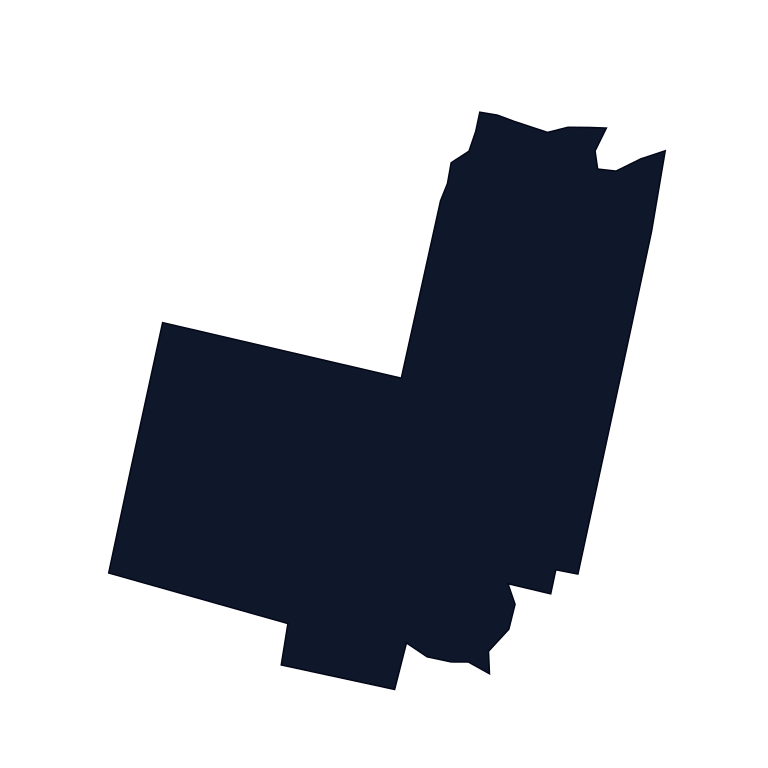 Westfália, Rio Grande do Sul, Brazil, rotated 192°
{"feature_id": "56859067B19454431419247", "entity_name": "Westfália", "entity_type": "district", "adm_level": 2, "iso_a3": "BRA", "parent_name": "Brazil", "parent_adm1": "Rio Grande do Sul", "projection": "orthographic", "projection_center": [-51.754, -29.413], "detail": "fine", "context": "isolated", "style": "filled", "palette": "ink", "viewbox_px": 768, "rotation_deg": 192, "n_neighbors": 0, "source": "geoboundaries", "source_scale": "gbopen_adm2", "svg_char_len": 648}
<svg xmlns="http://www.w3.org/2000/svg" viewBox="0 0 768 768"><g transform="rotate(192 384 384)"><path d="M426.1,87.8L310.1,87.4L308.2,135.4L285.1,126.1L260.5,126.1L243.7,129.6L220.6,122.5L226.2,144.3L210.9,170.1L210.0,195.8L221.2,214.4L177.3,213.4L177.3,238.0L154.8,238.4L154.0,492.4L154.0,568.6L154.0,589.0L157.4,670.6L179.5,657.7L201.3,640.5L219.7,638.7L226.0,655.9L219.7,680.6L236.2,677.7L257.4,673.4L276.4,664.1L311.6,668.0L329.1,670.6L346.8,669.8L346.8,650.2L349.3,629.4L364.3,614.4L363.6,593.3L366.8,575.0L368.3,393.3L613.3,398.0L614.0,247.4L614.0,141.9L428.2,129.7L426.1,87.8Z" fill="#0f172a" stroke="#020617" stroke-width="1.5"/></g></svg>